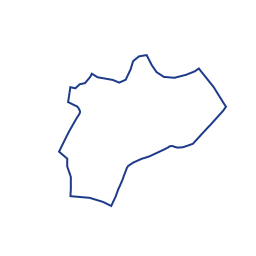 outline of Bani Dabyan, Sana'a, Yemen, rotated 33°
{"feature_id": "15242507B92196142658872", "entity_name": "Bani Dabyan", "entity_type": "district", "adm_level": 2, "iso_a3": "YEM", "parent_name": "Yemen", "parent_adm1": "Sana'a", "projection": "albers", "projection_center": [44.869, 15.05], "detail": "fine", "context": "isolated", "style": "outline", "palette": "blue", "viewbox_px": 256, "rotation_deg": 33, "n_neighbors": 0, "source": "geoboundaries", "source_scale": "gbopen_adm2", "svg_char_len": 1824}
<svg xmlns="http://www.w3.org/2000/svg" viewBox="0 0 256 256"><g transform="rotate(33 128 128)"><path d="M156.4,202.5L155.7,197.7L155.5,196.2L155.4,195.3L155.0,192.5L154.9,191.9L154.7,191.1L154.5,190.3L154.3,189.5L154.2,188.8L154.0,188.0L153.8,187.3L153.7,186.5L153.4,185.8L153.2,185.0L153.2,184.1L153.0,183.4L152.9,182.6L152.8,181.7L151.5,174.0L150.9,171.6L150.2,168.7L150.2,168.4L148.8,162.0L148.8,159.8L151.2,154.2L156.2,146.4L160.0,141.9L160.1,141.5L160.7,141.0L161.2,140.5L164.4,135.3L169.6,127.0L171.3,124.1L171.6,123.4L172.0,122.8L172.4,122.3L172.6,121.5L172.8,120.8L173.2,120.3L173.9,119.9L174.4,119.4L175.0,118.9L175.7,118.7L176.5,118.6L177.2,118.5L177.9,118.3L178.5,118.0L179.3,117.8L180.0,117.5L180.5,117.4L180.8,117.0L184.5,114.3L187.9,110.0L191.0,105.9L192.0,100.0L193.3,92.2L195.0,82.4L195.2,81.7L197.1,69.8L198.4,61.8L198.6,56.8L193.2,54.4L177.5,47.0L158.4,40.7L155.0,39.5L153.2,44.0L152.5,45.0L151.9,45.9L150.5,47.8L149.5,49.2L147.8,51.7L141.7,58.3L139.6,60.6L132.3,64.5L130.4,65.6L121.5,65.6L119.9,64.9L113.6,62.3L111.6,61.1L103.9,56.7L102.5,58.0L98.9,61.3L98.2,62.0L96.7,66.5L95.9,69.3L97.2,73.8L97.4,74.6L97.5,74.8L98.2,77.2L98.8,81.4L99.4,86.0L99.8,88.8L99.2,89.7L95.9,94.7L89.0,96.0L83.1,98.5L81.9,99.0L74.9,102.0L68.1,102.2L68.5,105.6L67.5,113.8L66.1,115.2L63.7,117.6L62.2,123.4L59.2,124.5L57.4,125.2L58.4,127.3L59.1,128.8L59.7,130.2L60.6,132.1L61.1,133.2L62.5,136.4L63.6,138.9L66.8,138.5L68.8,138.3L73.2,137.7L74.9,137.9L75.8,138.4L78.0,139.6L79.1,140.7L79.6,142.6L79.6,147.0L79.6,147.7L79.7,150.1L80.4,162.1L80.6,164.6L82.2,178.5L83.1,185.4L93.7,186.8L96.7,191.4L96.8,191.5L97.9,193.3L104.6,198.5L106.9,200.4L109.7,204.8L110.5,206.0L111.4,207.4L112.8,209.5L114.8,212.9L115.3,213.9L116.9,216.5L133.8,207.5L146.9,203.7L148.3,203.5L156.4,202.5Z" fill="none" stroke="#1e3a8a" stroke-width="2"/></g></svg>